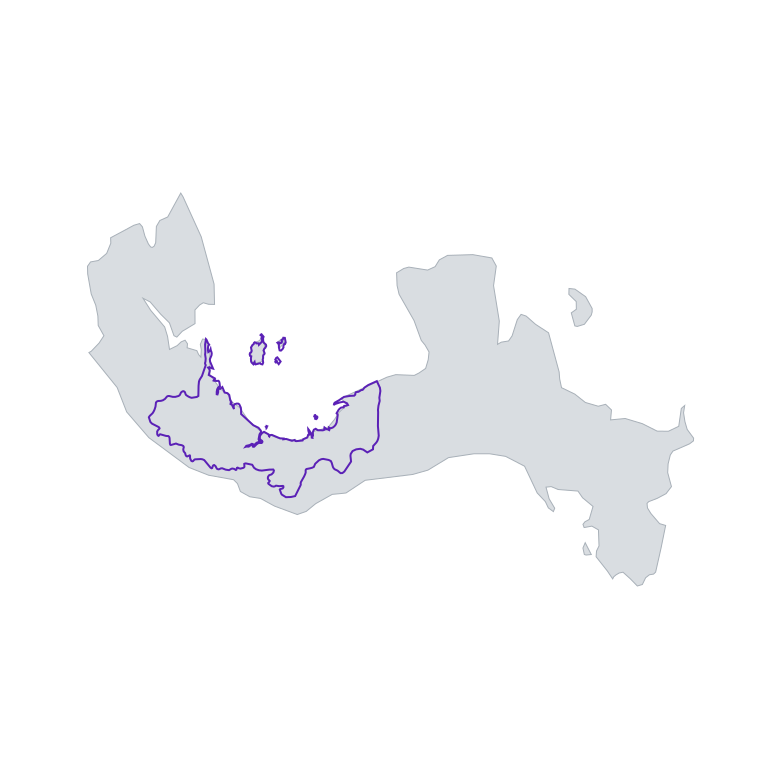 where Panama sits in Panama, rotated 192°
{"feature_id": "PAN-1340", "entity_name": "Panama", "entity_type": "Province", "adm_level": 1, "iso_a3": "PAN", "parent_name": "Panama", "parent_adm1": "", "projection": "robinson", "projection_center": [-79.066, 8.844], "detail": "fine", "context": "in_parent", "style": "outline", "palette": "violet", "viewbox_px": 768, "rotation_deg": 192, "n_neighbors": 0, "source": "natural_earth", "source_scale": "10m", "svg_char_len": 9162}
<svg xmlns="http://www.w3.org/2000/svg" viewBox="0 0 768 768"><g transform="rotate(192 384 384)"><path d="M679.2,353.4L677.2,355.1L671.2,364.8L668.0,373.0L675.7,381.8L678.0,391.0L682.3,401.1L689.1,411.2L696.7,430.0L698.5,437.5L696.4,442.4L689.1,445.4L682.4,454.1L680.5,464.9L681.8,470.2L661.6,487.3L656.4,490.1L653.0,487.5L648.6,478.9L643.5,471.9L640.7,469.5L639.1,469.4L637.5,471.0L636.7,474.8L639.4,490.8L637.2,497.4L630.3,502.4L622.5,528.5L619.4,525.2L593.4,490.0L571.0,446.4L566.3,426.6L572.1,425.5L577.7,425.9L580.8,422.9L584.3,417.1L581.4,403.8L592.3,393.6L596.4,386.8L599.5,387.6L606.6,399.2L617.0,405.9L629.7,415.6L637.6,417.8L627.6,407.6L610.4,394.2L605.6,385.5L601.0,373.2L594.3,378.5L591.2,383.0L587.7,385.5L584.6,382.5L584.1,378.5L574.0,377.7L571.4,374.2L568.7,372.2L569.9,379.8L571.9,384.5L570.8,390.2L567.5,390.6L564.7,384.7L561.1,379.4L556.3,357.1L544.8,346.7L539.5,343.2L535.1,341.9L528.7,334.7L520.2,330.9L508.7,319.8L494.6,311.9L477.3,309.1L456.3,310.8L449.2,315.2L444.4,320.8L442.2,323.4L429.8,329.8L425.0,339.1L422.1,346.9L415.9,355.8L423.0,361.1L382.5,391.3L374.4,395.6L356.2,398.7L352.1,402.0L346.5,407.9L345.8,417.0L346.6,424.7L351.9,430.6L356.6,434.4L367.8,452.3L387.9,474.9L391.7,483.1L394.8,495.4L388.7,501.1L384.0,503.5L365.0,504.5L358.4,509.4L355.7,516.9L348.6,523.0L324.0,529.0L304.7,529.7L298.7,522.7L297.3,503.0L284.3,469.5L281.2,446.4L278.0,449.3L271.1,452.0L268.7,457.7L267.0,474.7L264.4,480.6L259.1,480.0L248.2,473.9L233.7,468.3L215.2,432.2L213.2,425.4L209.6,417.3L195.3,413.8L183.2,407.8L169.8,406.8L163.0,410.2L156.1,405.9L154.9,396.0L140.9,400.4L123.0,398.9L107.0,394.7L96.0,396.9L86.9,403.9L88.1,421.9L85.4,425.5L85.0,418.1L81.8,409.7L78.0,402.6L69.9,395.4L69.5,392.7L72.7,389.0L87.4,378.5L89.2,374.1L89.5,365.0L88.1,356.3L81.5,343.4L85.3,335.4L92.9,329.0L100.6,324.0L101.9,321.9L100.5,317.5L96.0,312.8L85.4,304.7L79.1,304.2L78.9,281.1L79.2,256.5L80.8,254.1L84.7,252.6L87.8,248.9L89.6,241.6L94.2,239.1L102.6,244.7L111.1,249.6L114.7,248.0L117.3,245.6L119.2,243.2L119.8,240.9L126.6,247.5L140.6,259.1L141.4,264.8L140.0,270.3L143.9,285.9L151.1,288.2L158.4,285.2L160.2,288.1L158.8,291.0L155.1,294.2L154.1,307.7L166.1,314.0L172.0,319.6L191.8,317.0L199.1,318.4L204.1,316.8L198.6,306.0L191.2,298.0L191.8,294.4L197.5,297.0L201.7,302.5L211.5,309.3L229.4,332.8L250.0,338.5L266.3,337.7L281.4,334.5L305.6,325.4L323.1,308.9L337.1,301.5L382.4,285.9L398.5,269.5L405.2,267.3L411.7,265.3L425.9,252.8L433.6,243.2L441.7,238.3L465.6,241.8L481.1,246.4L491.8,245.8L502.1,249.0L506.6,256.1L511.2,259.1L536.5,258.3L557.3,261.8L602.8,282.6L629.9,303.2L644.3,325.1L679.2,353.4ZM222.9,515.9L217.0,516.5L204.9,511.3L196.1,501.1L195.4,497.8L195.6,494.4L200.4,484.1L206.9,480.5L209.4,480.5L215.6,492.5L211.4,497.1L213.1,504.6L221.8,510.1L222.9,515.9ZM514.8,400.5L512.7,405.7L507.7,394.1L508.5,391.2L508.1,380.7L512.9,378.0L516.5,377.7L519.4,379.2L521.2,391.5L519.7,397.1L514.8,400.5ZM155.3,264.9L154.2,270.6L145.8,260.3L150.8,258.7L152.6,258.9L155.3,264.9ZM496.8,403.0L492.0,408.4L490.1,403.3L493.5,397.9L494.7,397.9L496.8,403.0Z" fill="#d9dde1" stroke="#a8b0b8" stroke-width="1"/><path d="M567.5,390.9L566.9,390.5L564.4,387.0L563.2,386.2L563.8,384.7L563.7,382.5L563.2,380.3L562.5,378.7L561.2,380.2L560.9,382.1L560.4,380.9L559.3,379.2L558.8,377.8L558.7,376.1L559.5,372.0L558.8,369.8L554.4,363.5L556.0,363.6L558.2,364.2L559.5,363.5L557.8,362.0L557.2,360.7L557.3,356.4L550.6,354.3L551.4,351.9L550.7,351.8L549.9,352.7L549.0,352.0L546.6,352.7L545.7,352.0L545.0,350.6L544.0,347.6L545.5,346.2L546.1,344.0L546.0,341.5L545.5,339.2L544.7,339.2L544.5,341.2L544.9,343.7L544.9,345.5L543.3,345.1L541.5,347.4L538.1,342.5L535.2,342.5L533.1,341.1L530.9,335.9L529.2,334.2L529.2,333.3L530.0,333.3L530.0,332.5L528.4,332.0L525.5,328.3L526.3,330.4L526.5,332.0L525.8,333.2L524.1,334.2L522.4,334.5L521.3,334.0L519.2,331.2L518.5,329.3L517.5,324.9L503.3,316.5L497.7,315.1L494.9,312.9L494.5,312.3L494.3,311.1L495.1,309.7L495.3,308.5L495.2,303.9L494.3,302.5L492.3,302.3L492.3,301.4L494.6,301.2L496.3,300.1L497.6,298.4L498.2,296.4L498.9,296.4L499.8,298.0L500.9,298.0L502.6,296.4L505.8,294.9L506.3,293.8L505.6,294.2L503.3,294.6L500.8,297.3L499.9,296.9L499.3,295.5L498.2,295.5L497.6,296.2L496.2,298.4L494.4,300.3L491.6,300.8L491.0,301.4L490.9,302.3L491.5,303.1L492.9,303.6L494.2,304.7L494.5,307.3L494.0,308.8L492.9,310.8L491.4,312.3L486.4,310.7L485.7,309.1L485.2,308.8L484.9,310.3L483.1,310.9L474.4,309.2L470.9,309.8L470.9,309.0L468.3,309.9L462.2,309.3L459.7,310.7L458.8,309.8L457.8,309.9L451.9,311.8L451.6,312.9L450.9,313.6L447.9,315.7L447.6,318.6L446.4,319.0L448.3,322.6L448.7,324.1L447.3,322.9L445.5,321.0L444.1,318.7L443.5,316.5L442.8,316.5L443.5,318.3L443.5,319.0L442.8,319.0L443.6,322.1L443.1,324.7L441.5,326.0L439.1,325.0L434.1,326.0L432.6,326.9L433.2,328.3L433.2,329.1L430.5,327.8L429.4,328.3L429.0,327.7L428.0,327.5L428.0,328.3L428.7,330.0L426.9,329.6L425.1,330.7L423.7,332.4L422.8,334.2L422.3,336.5L422.8,343.8L423.0,344.5L424.3,345.5L422.9,349.6L421.3,351.8L419.9,352.5L418.6,352.8L418.6,353.8L418.4,354.3L416.5,354.9L414.8,355.9L416.1,357.4L419.8,358.3L423.3,356.8L427.8,354.2L428.2,353.6L428.7,353.6L428.7,354.6L428.3,355.5L424.7,358.7L420.4,363.1L414.8,365.3L410.7,366.4L409.9,367.6L410.1,368.9L409.9,369.9L409.5,370.3L407.3,371.1L404.9,373.4L403.9,373.7L403.4,374.2L402.3,376.5L399.2,379.7L391.6,385.3L387.2,379.5L386.1,376.4L385.7,369.6L384.7,366.6L384.9,361.6L384.5,357.4L383.9,355.3L381.2,341.6L378.4,332.3L378.3,329.4L378.6,327.2L379.3,325.2L381.7,321.1L381.2,317.8L386.1,313.6L390.7,315.5L393.7,315.7L397.6,314.3L400.8,311.9L402.0,308.7L401.9,306.8L400.1,301.3L404.6,290.1L406.2,288.2L408.0,287.8L411.4,289.6L414.4,290.3L415.6,291.0L416.7,292.2L418.8,296.1L420.0,297.6L422.3,298.2L427.9,298.1L429.7,297.4L431.7,295.9L434.7,291.7L435.4,288.3L436.8,287.2L438.7,286.2L442.0,284.8L442.6,284.1L442.7,283.3L442.2,281.1L442.4,279.3L443.0,276.7L444.9,270.7L444.9,269.4L444.6,268.9L444.5,268.0L444.8,266.7L447.6,255.9L451.6,254.1L456.4,252.9L460.8,254.5L461.7,255.3L464.0,259.1L463.8,259.5L461.4,260.8L461.1,261.5L460.9,262.2L461.2,263.1L461.7,263.3L465.2,262.3L468.5,262.1L469.6,261.1L470.7,260.7L472.6,260.7L476.2,262.3L476.7,263.0L475.7,264.9L475.7,265.5L477.1,266.4L477.7,267.0L478.1,267.9L478.1,269.4L477.3,271.0L475.2,272.2L473.8,274.4L473.7,276.5L474.5,277.3L478.1,276.5L485.5,273.9L488.4,273.6L491.4,274.0L493.8,275.1L496.1,277.6L502.7,277.6L503.6,277.2L504.1,276.8L503.3,274.0L503.6,273.3L504.2,272.7L506.8,271.4L508.6,271.4L509.7,271.8L510.4,271.4L510.6,269.4L511.1,269.1L513.0,269.8L514.6,269.8L515.6,269.4L517.7,267.5L521.1,267.3L524.5,267.9L525.9,267.6L527.8,266.2L528.6,266.1L529.9,266.4L531.7,268.6L533.2,269.4L533.9,269.1L534.4,268.2L534.6,266.1L535.2,265.7L536.3,266.1L544.0,272.2L545.9,272.6L547.6,272.5L553.2,271.0L553.8,270.5L554.7,268.9L555.4,268.5L556.4,268.7L557.7,270.2L558.3,271.3L558.8,273.4L559.2,273.8L561.5,272.2L562.3,272.3L563.3,273.3L564.1,275.0L565.9,276.4L566.4,277.4L566.8,278.5L566.7,280.4L567.0,281.2L567.6,281.7L569.1,282.1L572.2,282.0L575.1,282.5L579.8,280.0L580.5,280.2L581.0,281.1L582.5,286.5L583.1,287.6L584.0,288.2L586.4,287.9L592.4,288.3L592.9,288.0L593.4,286.8L593.8,286.4L594.6,286.7L595.4,287.8L596.0,290.4L595.5,291.8L594.3,293.8L594.6,294.4L595.3,295.0L602.7,297.0L603.9,297.8L604.7,298.4L607.1,302.6L606.5,304.1L604.3,307.3L603.6,309.2L603.1,311.4L602.8,314.4L603.2,318.5L602.6,319.6L601.5,320.4L598.8,321.1L596.9,322.1L595.1,323.9L593.7,326.6L592.8,327.3L591.7,327.6L587.8,327.5L585.5,328.0L582.4,329.6L581.4,330.9L580.9,333.1L580.4,334.1L579.4,335.0L578.4,335.3L577.0,334.6L575.9,332.7L575.2,332.0L572.6,331.0L570.8,330.6L569.3,330.5L564.4,332.4L563.1,333.7L565.0,343.6L565.5,348.0L565.2,349.9L563.7,354.0L562.3,365.4L563.0,366.3L563.4,367.2L563.3,368.7L563.7,371.8L565.1,375.6L565.4,378.3L567.2,385.4L567.5,390.9ZM515.5,378.0L515.3,376.6L515.7,376.0L518.0,377.5L518.7,378.5L519.5,381.3L519.6,383.5L520.9,383.7L521.6,385.3L521.4,386.7L520.5,387.4L520.3,388.9L521.7,392.1L520.8,394.8L519.8,395.8L519.8,396.9L519.2,397.9L517.9,397.8L517.3,397.2L515.1,397.7L514.5,396.3L512.5,399.5L512.5,400.5L512.2,401.6L513.3,403.0L513.5,405.4L514.1,406.0L514.9,406.1L514.9,406.6L514.2,407.2L511.6,405.2L511.8,403.5L511.0,400.6L510.3,399.5L507.7,398.0L507.1,396.7L507.6,394.8L508.4,393.8L508.8,391.7L507.4,389.7L507.1,388.8L508.0,387.1L508.1,386.3L507.6,384.1L507.7,382.9L506.6,379.7L507.0,377.9L508.4,377.9L509.4,378.6L513.7,376.5L514.7,377.5L515.2,378.7L515.5,378.0ZM493.1,395.2L494.4,397.9L494.9,400.5L495.7,401.5L496.8,402.2L496.3,402.6L495.2,402.9L494.0,402.3L492.7,403.1L492.6,404.2L493.3,404.9L493.3,405.9L492.6,406.1L492.2,406.7L492.1,408.3L490.6,408.5L488.8,404.2L489.1,402.6L489.8,402.7L490.3,400.1L489.9,398.9L490.5,397.0L491.8,395.2L493.1,395.2ZM494.8,387.2L493.9,387.9L489.8,384.5L491.1,381.5L492.6,382.8L493.7,384.3L494.2,383.8L494.4,382.7L495.0,383.1L494.6,384.7L495.4,385.3L494.8,387.2ZM442.4,336.3L443.1,335.5L444.2,335.7L444.2,336.0L444.0,336.3L444.3,337.1L445.5,337.7L445.3,339.1L444.8,339.3L444.0,338.2L443.2,338.4L442.5,338.2L442.2,337.4L442.4,336.3ZM489.6,316.9L489.8,316.5L490.0,317.1L490.6,317.5L490.2,317.9L490.2,318.5L489.6,318.4L489.9,317.9L489.6,316.9Z" fill="none" stroke="#5b21b6" stroke-width="2"/></g></svg>